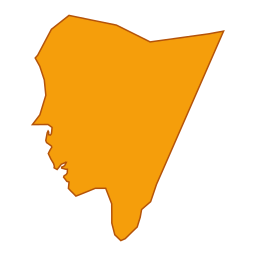 Az Zahir, Al Jawf, Yemen
{"feature_id": "15242507B58235619836072", "entity_name": "Az Zahir", "entity_type": "district", "adm_level": 2, "iso_a3": "YEM", "parent_name": "Yemen", "parent_adm1": "Al Jawf", "projection": "equal_earth", "projection_center": [44.485, 16.331], "detail": "fine", "context": "isolated", "style": "filled", "palette": "amber", "viewbox_px": 256, "rotation_deg": 0, "n_neighbors": 0, "source": "geoboundaries", "source_scale": "gbopen_adm2", "svg_char_len": 1548}
<svg xmlns="http://www.w3.org/2000/svg" viewBox="0 0 256 256"><path d="M35.2,58.0L39.8,66.3L44.1,79.3L44.3,79.9L45.8,95.1L45.8,95.4L43.9,101.6L39.9,114.8L32.4,124.6L46.1,124.5L48.0,124.5L48.5,124.8L52.0,127.4L52.0,127.8L52.0,128.0L51.7,131.6L51.6,132.2L51.5,132.7L51.4,133.7L51.3,133.8L50.4,135.1L50.0,135.0L49.3,134.8L48.7,134.7L48.7,134.3L48.7,132.0L48.5,131.7L48.3,131.3L48.1,131.0L47.9,131.4L47.4,132.4L47.2,132.8L46.3,137.7L45.8,140.4L46.2,141.7L46.6,142.6L51.4,146.0L51.5,146.1L51.7,147.3L51.7,147.5L51.4,147.9L50.1,150.0L49.2,151.7L48.5,153.2L48.3,153.5L48.6,154.2L49.4,155.9L50.8,158.9L53.5,163.4L53.9,164.6L54.3,166.2L54.1,167.8L55.7,168.7L57.1,169.5L58.2,168.2L61.3,164.2L64.2,163.0L64.6,162.9L65.7,162.2L66.2,162.4L66.3,162.4L65.7,163.6L64.6,165.7L63.1,166.5L62.6,166.8L61.7,167.1L61.7,167.6L61.7,168.1L63.0,168.5L63.5,168.6L65.1,169.1L65.7,169.2L66.9,169.3L67.4,169.3L67.3,172.8L66.6,173.9L66.2,174.5L64.1,175.8L63.6,177.2L65.2,179.2L66.5,180.9L66.9,181.4L68.0,181.7L69.0,182.0L69.0,182.4L68.4,188.4L71.5,191.7L72.1,192.2L75.9,196.1L80.0,194.5L88.7,191.0L90.6,190.2L95.3,188.3L105.7,188.3L111.7,203.8L111.8,214.5L111.8,223.0L112.4,225.5L112.7,226.6L114.8,234.8L120.8,240.6L125.2,238.7L132.2,231.8L135.2,228.9L137.2,227.0L140.2,217.3L141.6,209.5L144.8,206.7L150.6,201.7L151.2,200.0L156.5,184.3L163.8,167.7L222.6,33.3L223.6,31.1L223.0,31.2L222.3,31.4L221.0,31.6L216.5,32.4L209.0,33.8L159.7,40.6L150.1,41.9L139.9,36.8L116.4,25.1L90.8,19.9L69.0,15.4L51.4,29.3L37.7,55.2L35.2,58.0Z" fill="#f59e0b" stroke="#b45309" stroke-width="1.5"/></svg>